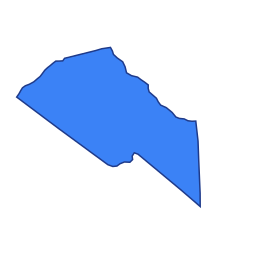 São Luís do Curu, Ceará, Brazil (Equal Earth projection), rotated 311°
{"feature_id": "56859067B5197375737563", "entity_name": "São Luís do Curu", "entity_type": "district", "adm_level": 2, "iso_a3": "BRA", "parent_name": "Brazil", "parent_adm1": "Ceará", "projection": "equal_earth", "projection_center": [-39.255, -3.658], "detail": "fine", "context": "isolated", "style": "filled", "palette": "blue", "viewbox_px": 256, "rotation_deg": 311, "n_neighbors": 0, "source": "geoboundaries", "source_scale": "gbopen_adm2", "svg_char_len": 887}
<svg xmlns="http://www.w3.org/2000/svg" viewBox="0 0 256 256"><g transform="rotate(311 128 128)"><path d="M177.7,174.6L175.1,171.9L172.8,168.5L171.7,164.4L168.9,160.4L167.7,156.9L168.7,151.1L168.5,143.7L166.7,137.6L167.6,133.6L169.1,129.9L169.1,124.9L169.1,120.3L171.1,117.3L173.8,115.0L173.5,110.3L173.0,106.3L172.7,101.9L169.8,96.3L168.7,90.7L172.3,85.6L174.5,80.5L173.8,74.0L174.0,68.7L175.9,65.7L177.3,61.9L170.6,56.2L165.1,52.7L139.0,34.4L135.9,34.7L133.4,32.2L131.1,29.6L127.2,28.8L123.8,28.3L120.8,27.7L117.1,27.3L112.2,27.7L109.2,27.9L105.9,27.3L101.0,26.6L96.2,24.8L92.5,22.8L89.1,22.0L85.9,22.5L82.2,23.3L78.3,23.7L82.1,76.5L87.1,136.9L89.0,141.8L92.0,144.6L95.7,145.4L100.0,147.6L103.4,151.9L107.2,152.2L109.5,149.6L113.4,149.0L114.8,152.7L116.0,209.6L116.1,234.0L126.0,225.3L150.3,202.3L164.1,189.4L177.7,174.6Z" fill="#3b82f6" stroke="#1e3a8a" stroke-width="1.5"/></g></svg>